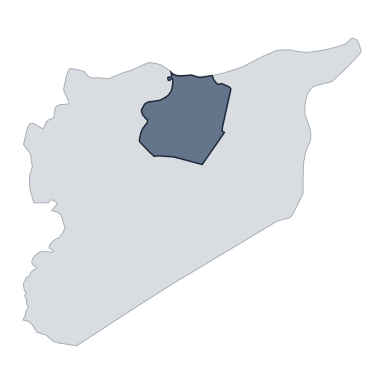 Ar Raqqah on a map of Syria (Robinson projection)
{"feature_id": "SYR-136", "entity_name": "Ar Raqqah", "entity_type": "Province", "adm_level": 1, "iso_a3": "SYR", "parent_name": "Syria", "parent_adm1": "", "projection": "robinson", "projection_center": [38.68, 35.997], "detail": "fine", "context": "in_parent", "style": "filled", "palette": "slate", "viewbox_px": 384, "rotation_deg": 0, "n_neighbors": 0, "source": "natural_earth", "source_scale": "10m", "svg_char_len": 3642}
<svg xmlns="http://www.w3.org/2000/svg" viewBox="0 0 384 384"><path d="M30.3,123.3L34.1,123.7L42.3,128.6L43.6,128.4L46.2,122.1L48.6,119.9L53.7,118.0L55.2,107.6L57.6,105.7L60.4,104.6L64.8,104.4L68.6,103.8L68.9,102.0L63.6,90.0L64.1,87.0L66.8,75.0L68.4,70.3L70.0,68.7L76.0,69.3L84.4,71.5L86.6,74.9L90.8,78.0L97.0,77.8L104.1,78.3L109.7,78.5L114.1,76.4L124.2,72.4L129.2,71.0L133.7,69.2L148.3,62.6L154.2,63.1L158.1,64.0L161.2,65.0L168.0,69.6L173.7,74.1L177.7,75.5L184.8,75.4L195.2,76.3L207.8,76.2L215.2,74.9L224.7,72.7L241.5,67.3L263.6,56.0L276.6,50.5L282.2,49.9L289.5,49.8L296.8,51.3L305.1,52.3L309.0,52.2L317.9,51.1L329.5,48.8L336.8,46.9L345.6,43.9L351.0,38.8L352.8,38.2L355.1,39.2L356.2,39.5L358.5,42.4L360.9,49.9L361.0,50.7L360.5,52.8L354.9,59.0L347.1,67.3L341.6,72.5L332.2,81.4L325.2,83.3L313.3,86.5L310.1,89.6L307.2,94.6L305.5,101.4L305.0,105.7L304.8,113.7L307.6,122.0L310.4,129.9L310.8,135.2L310.6,140.4L308.0,145.9L305.3,153.5L303.7,162.1L303.0,178.2L303.1,191.9L302.9,194.1L298.0,203.8L292.3,215.2L289.7,217.8L277.0,221.2L263.2,229.5L247.8,238.8L233.8,247.2L219.0,256.0L203.7,265.2L192.8,271.8L178.1,280.5L164.7,288.9L151.2,297.4L140.9,303.9L125.2,314.1L116.0,320.1L102.5,328.9L90.6,336.6L76.4,345.8L58.8,343.0L53.3,341.5L48.7,337.1L45.4,334.8L37.1,332.4L31.8,324.2L28.6,321.2L23.0,319.9L25.5,314.7L25.9,311.2L28.4,307.0L26.9,304.2L26.2,298.3L25.2,296.9L24.8,295.3L25.7,293.4L25.3,291.5L24.4,290.6L24.0,287.7L23.2,285.5L23.6,282.9L24.9,281.2L26.2,277.8L27.7,276.8L30.0,274.8L30.7,272.6L32.8,270.5L35.7,268.8L36.3,267.4L35.9,266.6L33.1,265.0L31.6,262.3L33.0,258.2L33.9,257.0L35.6,255.1L39.4,252.1L42.4,251.6L45.0,251.6L49.3,251.9L52.7,252.4L53.5,251.6L53.4,250.7L49.3,248.2L49.1,246.3L50.1,244.3L53.1,241.0L56.6,238.6L58.4,238.2L62.4,233.4L65.1,228.0L61.0,215.0L58.5,212.9L54.4,211.1L52.0,210.8L51.8,210.0L55.1,206.6L57.4,203.8L54.9,201.0L50.3,199.7L48.6,202.6L42.8,202.8L33.8,202.8L30.0,189.0L29.4,183.0L29.6,176.1L32.4,166.1L31.2,161.4L31.1,158.2L30.5,153.9L23.5,144.6L27.5,127.5L30.3,123.3Z" fill="#d9dde1" stroke="#a8b0b8" stroke-width="1"/><path d="M199.1,77.5L201.9,77.4L212.2,75.5L213.4,79.0L213.9,80.0L216.5,83.3L217.2,83.9L217.6,84.1L218.1,84.2L218.7,84.2L219.6,84.1L220.0,84.0L220.8,83.7L221.0,83.7L221.3,83.6L221.5,83.6L221.8,83.7L226.5,85.6L229.7,87.3L230.2,87.9L230.6,88.4L230.6,88.6L230.7,88.8L230.8,89.6L227.5,104.2L222.6,126.6L222.1,130.4L222.1,131.0L222.4,131.2L223.9,132.1L224.3,132.3L223.9,133.2L202.2,164.5L173.5,156.9L158.4,155.8L153.8,156.3L153.0,155.1L152.4,154.5L150.4,153.0L140.5,142.7L139.8,141.7L139.6,141.5L139.5,141.2L139.4,140.8L139.4,140.5L139.4,140.2L139.7,138.0L141.0,132.4L142.5,129.0L142.9,128.3L143.2,127.9L143.3,127.8L145.3,125.0L146.3,124.0L146.6,123.7L147.0,122.6L147.3,121.9L147.4,121.7L147.5,121.5L147.5,121.2L147.6,120.5L147.6,120.2L147.4,119.9L145.3,118.2L144.6,117.1L144.0,116.2L143.2,115.5L142.8,114.9L142.3,114.0L141.7,112.1L141.5,111.1L141.4,110.4L141.5,109.9L141.6,109.5L141.8,109.1L142.9,107.4L143.6,106.0L144.0,105.1L144.6,104.3L145.1,103.7L145.4,103.5L146.3,103.0L148.4,102.0L149.8,101.6L151.7,101.6L160.2,100.2L164.4,97.9L167.8,95.6L168.4,95.1L168.8,94.6L170.8,91.7L171.4,90.5L171.7,89.5L172.1,87.4L172.5,85.5L172.7,83.8L172.8,79.7L172.8,79.4L172.7,79.2L172.5,78.9L172.3,78.7L172.1,78.7L171.9,78.7L171.7,78.7L171.3,78.9L170.1,80.0L169.6,80.3L169.2,80.4L169.0,80.5L168.7,80.5L168.6,80.4L168.4,80.3L168.2,79.9L168.0,79.4L167.8,78.3L167.7,77.8L167.8,77.5L168.0,77.4L170.8,76.9L171.0,76.8L171.2,76.6L171.5,76.0L171.6,75.6L171.7,75.3L171.6,75.1L171.0,72.3L172.4,73.8L175.6,75.4L179.2,75.9L187.5,75.5L188.6,75.2L191.3,75.0L199.1,77.5Z" fill="#64748b" stroke="#1e293b" stroke-width="1.5"/></svg>